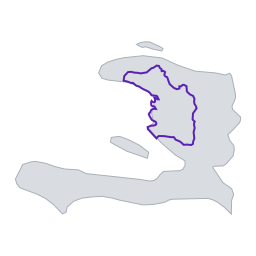 Haiti, with L'Artibonite highlighted
{"feature_id": "HTI-1384", "entity_name": "L'Artibonite", "entity_type": "Department", "adm_level": 1, "iso_a3": "HTI", "parent_name": "Haiti", "parent_adm1": "", "projection": "orthographic", "projection_center": [-72.647, 19.338], "detail": "fine", "context": "in_parent", "style": "outline", "palette": "violet", "viewbox_px": 256, "rotation_deg": 0, "n_neighbors": 0, "source": "natural_earth", "source_scale": "10m", "svg_char_len": 3002}
<svg xmlns="http://www.w3.org/2000/svg" viewBox="0 0 256 256"><path d="M229.8,73.2L231.5,75.7L235.2,92.6L235.6,98.0L232.0,106.2L232.6,109.5L240.5,117.0L240.6,119.7L239.7,122.5L233.0,129.7L227.9,134.6L229.6,140.2L233.8,145.5L234.3,150.0L233.1,155.9L226.7,163.3L223.3,165.9L213.7,166.3L212.7,167.3L217.5,174.5L222.9,182.6L231.7,188.8L233.7,194.7L231.6,200.3L231.3,214.2L224.6,207.5L217.1,201.9L212.6,199.7L208.0,198.4L172.6,199.2L168.7,200.1L165.6,201.9L162.3,202.8L152.6,204.5L142.9,204.9L120.3,200.3L111.3,197.9L102.3,196.4L92.0,196.9L81.7,198.2L73.4,201.4L67.2,207.1L66.0,212.4L62.4,213.8L54.1,205.2L46.5,199.1L37.8,194.5L20.0,187.8L16.8,183.9L15.4,179.1L22.7,164.5L30.9,161.9L35.5,161.4L45.6,163.3L55.4,166.7L64.5,169.0L78.4,169.9L86.0,173.6L139.7,179.4L149.9,181.1L153.8,180.5L157.3,178.3L160.2,174.4L163.5,171.4L179.4,170.7L182.8,169.4L185.1,165.2L185.0,160.9L175.6,155.2L161.0,142.6L148.2,127.7L153.7,122.6L151.6,113.5L153.7,105.0L156.7,96.6L144.1,89.5L129.1,82.4L108.3,80.1L101.9,78.2L98.6,72.9L101.7,65.7L108.4,61.8L116.1,59.4L124.0,57.7L143.1,55.7L162.0,58.0L178.3,65.4L195.0,71.1L215.9,73.0L225.4,75.0L229.8,73.2ZM148.7,152.3L147.3,158.3L126.9,151.2L110.5,142.3L111.2,137.4L119.6,136.4L127.7,139.3L139.6,145.3L148.7,152.3ZM159.8,46.6L163.0,48.5L161.8,50.9L153.9,49.4L145.6,46.7L142.9,47.4L141.3,47.0L136.5,44.5L140.7,42.5L145.1,41.8L149.8,42.0L159.8,46.6Z" fill="#d9dde1" stroke="#a8b0b8" stroke-width="1"/><path d="M156.5,138.4L156.3,138.2L148.0,129.2L147.6,127.1L151.0,125.7L154.0,125.5L155.7,124.9L156.4,123.7L155.9,122.1L154.8,121.3L153.4,120.8L152.0,120.0L151.2,118.9L149.3,115.5L148.8,114.2L149.3,113.8L149.4,113.7L149.4,113.0L150.2,112.3L151.0,110.4L151.6,109.6L152.4,109.2L153.7,108.9L155.0,108.9L155.9,109.0L154.7,106.8L153.9,106.3L152.3,106.2L151.4,105.4L151.1,103.8L151.2,102.1L151.6,101.0L152.1,101.5L152.7,102.0L153.5,102.2L154.3,102.1L155.1,101.5L155.2,100.9L154.9,100.2L154.8,98.2L154.6,97.9L154.8,97.9L155.9,98.1L156.3,98.4L156.8,98.9L157.6,99.3L158.6,99.3L157.1,96.2L156.3,95.8L152.2,95.5L151.1,94.8L150.4,93.6L149.4,92.4L147.9,91.3L142.9,89.0L138.7,86.3L137.2,86.0L135.9,85.4L133.1,83.0L132.6,82.8L131.8,83.2L126.9,81.4L126.1,81.3L124.5,80.9L123.7,80.8L123.6,80.6L124.3,76.0L128.0,72.1L131.1,71.8L134.2,72.6L137.5,72.8L140.7,73.4L146.7,72.4L151.6,68.2L153.3,67.8L154.6,67.0L156.5,65.6L158.9,65.9L159.9,68.0L161.5,69.2L161.7,71.1L163.4,70.9L165.1,72.1L164.3,74.9L165.3,76.4L167.2,77.2L168.3,80.5L169.6,84.0L171.8,86.1L174.2,88.1L177.0,89.2L179.4,88.5L179.4,86.3L181.0,86.4L182.5,85.0L183.8,84.8L185.0,85.4L186.5,86.2L186.9,91.5L189.9,94.4L193.1,95.9L194.5,98.9L194.1,101.2L194.4,103.6L195.8,106.0L196.6,108.3L193.0,113.4L192.6,119.5L194.7,121.6L194.0,123.4L194.1,125.4L194.7,127.9L193.6,132.2L194.1,136.4L194.3,138.6L193.2,141.4L192.9,144.0L191.1,145.0L187.3,144.6L183.6,144.8L181.7,142.9L179.6,141.3L177.5,140.5L175.5,139.6L174.7,138.3L173.8,137.1L171.9,137.2L170.0,137.0L164.0,136.1L158.9,136.0L157.6,136.9L156.5,138.4Z" fill="none" stroke="#5b21b6" stroke-width="2"/></svg>